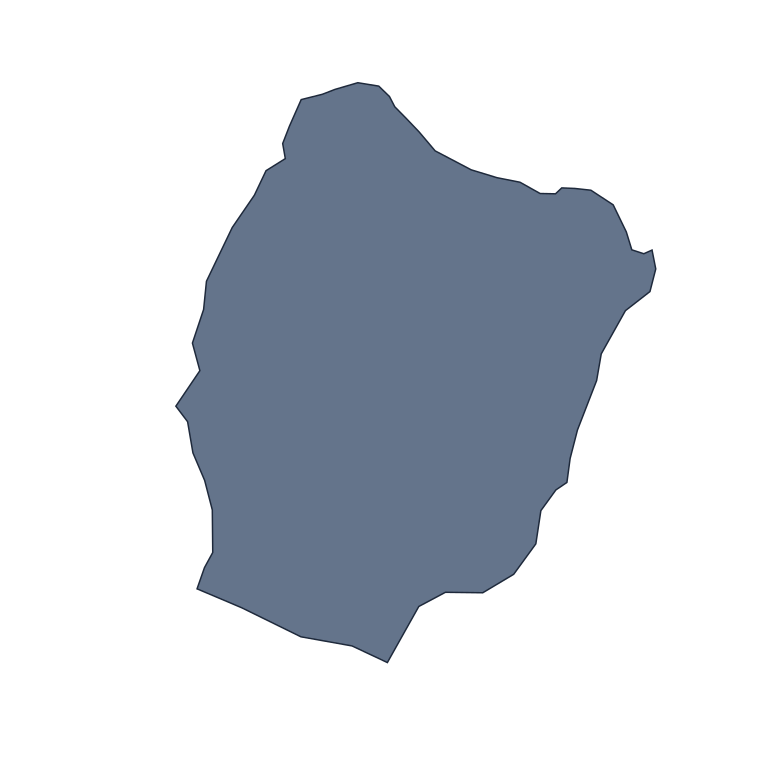 Vansbro, Dalarna, Sweden, rotated 209°
{"feature_id": "70781695B18183991959246", "entity_name": "Vansbro", "entity_type": "district", "adm_level": 2, "iso_a3": "SWE", "parent_name": "Sweden", "parent_adm1": "Dalarna", "projection": "orthographic", "projection_center": [14.285, 60.47], "detail": "fine", "context": "isolated", "style": "filled", "palette": "slate", "viewbox_px": 768, "rotation_deg": 209, "n_neighbors": 0, "source": "geoboundaries", "source_scale": "gbopen_adm2", "svg_char_len": 915}
<svg xmlns="http://www.w3.org/2000/svg" viewBox="0 0 768 768"><g transform="rotate(209 384 384)"><path d="M214.5,631.1L219.9,623.9L232.3,621.5L245.8,634.5L270.4,651.8L297.0,653.8L311.8,647.6L323.6,641.7L326.2,633.5L339.8,626.3L362.9,626.4L385.3,619.2L411.6,613.6L452.3,612.7L475.5,621.5L493.1,627.0L509.0,631.7L518.6,638.1L533.0,642.0L553.0,634.8L569.7,617.9L578.4,607.5L594.3,592.6L591.7,563.6L589.2,545.2L579.6,533.3L590.6,513.4L588.9,486.3L592.6,447.3L589.1,387.8L577.9,361.7L571.4,326.9L551.5,306.4L555.3,263.7L537.5,255.8L517.7,231.1L494.1,212.7L473.1,190.6L452.1,153.6L452.0,136.4L448.2,114.2L400.0,119.3L334.1,122.6L285.0,139.4L246.0,142.0L245.9,166.1L245.7,206.3L229.3,231.6L196.4,249.3L178.3,280.5L173.7,317.8L185.4,349.3L182.3,374.7L176.3,386.6L185.1,409.1L192.5,437.6L199.7,490.1L208.6,515.7L208.4,565.2L196.2,593.8L202.1,616.4L214.5,631.1Z" fill="#64748b" stroke="#1e293b" stroke-width="1.5"/></g></svg>